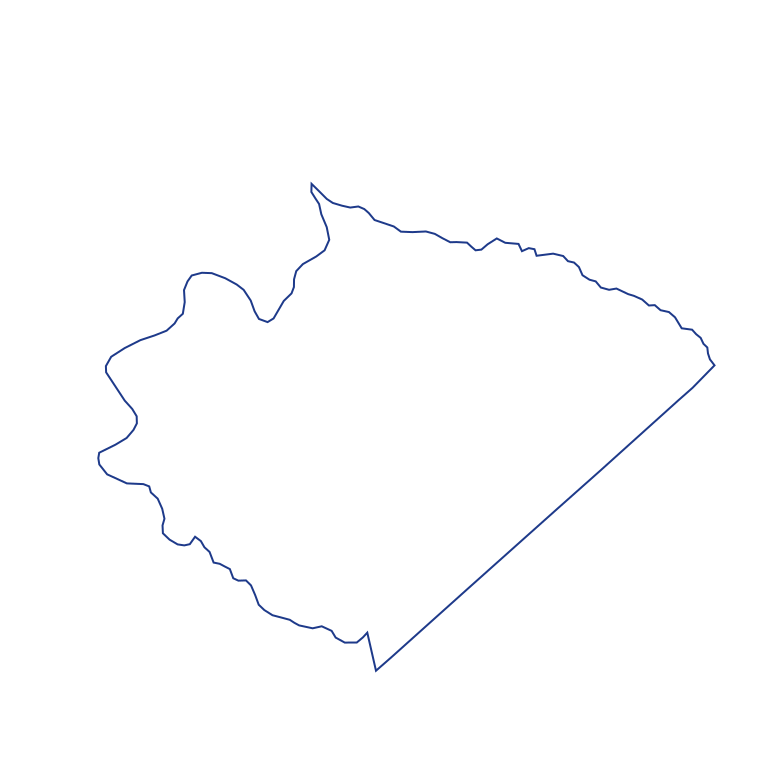 outline of Sertanópolis, Paraná, Brazil, rotated 228°
{"feature_id": "56859067B4659320217934", "entity_name": "Sertanópolis", "entity_type": "district", "adm_level": 2, "iso_a3": "BRA", "parent_name": "Brazil", "parent_adm1": "Paraná", "projection": "albers", "projection_center": [-51.041, -23.067], "detail": "fine", "context": "isolated", "style": "outline", "palette": "blue", "viewbox_px": 768, "rotation_deg": 228, "n_neighbors": 0, "source": "geoboundaries", "source_scale": "gbopen_adm2", "svg_char_len": 2062}
<svg xmlns="http://www.w3.org/2000/svg" viewBox="0 0 768 768"><g transform="rotate(228 384 384)"><path d="M174.9,485.6L174.9,592.3L174.7,610.7L176.7,642.1L184.2,642.7L189.9,645.2L194.8,648.7L200.1,648.3L206.4,650.2L212.2,649.3L218.2,649.3L226.2,642.5L238.8,644.9L246.8,643.9L253.8,638.9L261.4,638.0L265.1,633.4L274.0,632.4L282.3,628.7L287.4,625.6L299.4,620.6L303.4,614.3L310.6,609.7L318.6,610.0L324.0,606.5L332.0,604.3L340.5,607.1L347.1,606.5L352.2,602.9L359.2,602.8L367.7,596.9L377.2,583.2L383.5,586.0L388.1,582.5L390.4,575.4L398.1,577.7L407.8,568.6L416.7,565.2L418.5,554.5L418.7,546.3L422.1,541.5L427.6,540.8L433.5,540.3L441.0,532.8L445.0,528.1L453.2,525.0L461.6,522.2L469.3,517.2L477.9,506.7L481.9,502.6L485.9,498.5L494.5,496.7L504.8,490.9L512.2,486.7L521.2,487.1L527.2,486.4L533.1,483.7L537.7,477.0L544.6,472.1L552.8,467.1L559.8,465.3L571.6,464.7L581.2,464.1L575.3,458.5L567.8,457.2L561.2,456.2L552.1,451.0L538.9,446.4L527.8,439.8L523.1,429.3L524.1,419.0L527.4,403.9L526.6,394.3L522.0,387.2L516.3,381.9L513.2,375.9L512.8,365.1L506.6,345.8L507.9,338.9L516.0,334.6L524.6,336.5L535.2,340.8L547.9,342.7L556.5,341.1L568.8,336.8L581.6,330.2L588.5,323.1L593.3,313.7L591.7,306.6L587.6,298.2L578.2,290.7L570.8,281.5L570.8,274.6L569.1,268.9L569.1,258.1L573.6,246.0L579.6,232.3L584.2,215.4L586.8,199.5L583.4,189.3L578.6,185.3L545.1,180.2L533.9,180.2L525.5,178.6L520.1,174.0L517.5,167.1L516.1,156.6L518.6,143.8L523.5,126.4L520.1,122.1L514.7,118.6L502.1,117.8L482.2,126.4L470.6,138.2L465.0,141.0L459.4,138.2L450.2,139.1L439.7,135.7L430.8,130.7L427.1,124.8L421.0,119.8L411.8,120.5L402.9,123.3L397.7,127.6L394.9,132.5L396.9,141.4L389.8,142.8L382.8,141.3L375.9,142.0L365.3,137.9L360.3,141.6L354.8,143.6L349.6,145.6L340.5,142.0L335.3,144.2L330.4,150.0L323.3,150.4L313.3,147.0L303.8,143.2L296.0,143.8L286.8,146.4L279.5,151.2L271.8,156.2L266.5,157.6L261.4,159.4L250.2,167.5L245.6,175.6L235.6,179.9L227.9,178.4L218.1,181.8L210.1,190.8L209.8,198.7L210.4,205.2L176.3,186.2L176.0,206.8L175.8,308.0L175.3,429.0L174.9,485.6Z" fill="none" stroke="#1e3a8a" stroke-width="2"/></g></svg>